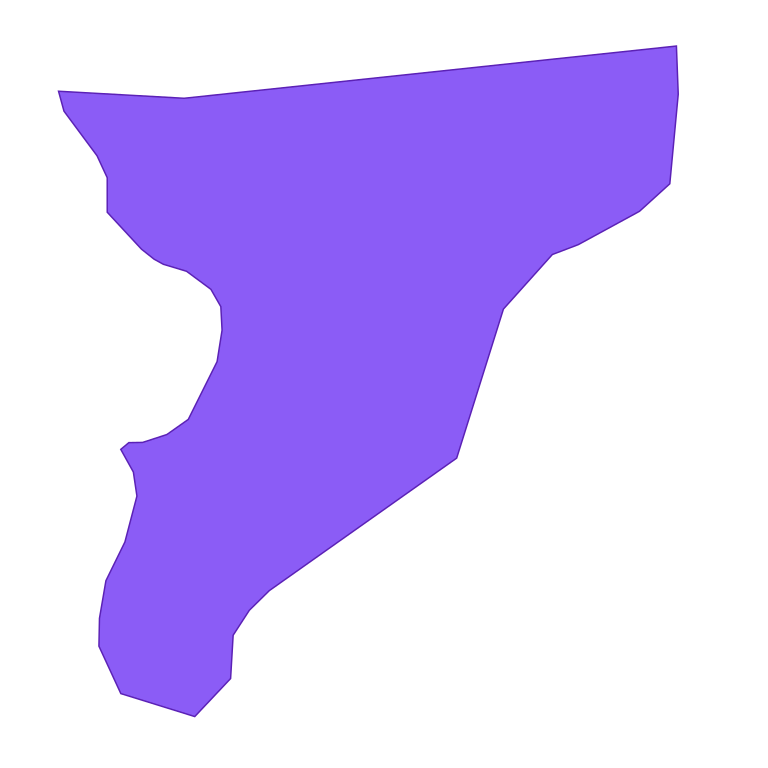 an SVG outline of Radlje ob Dravi, rotated 357°
{"feature_id": "SVN-981", "entity_name": "Radlje ob Dravi", "entity_type": "Municipality", "adm_level": 1, "iso_a3": "SVN", "parent_name": "Slovenia", "parent_adm1": "", "projection": "orthographic", "projection_center": [15.216, 46.586], "detail": "fine", "context": "isolated", "style": "filled", "palette": "violet", "viewbox_px": 768, "rotation_deg": 357, "n_neighbors": 0, "source": "natural_earth", "source_scale": "10m", "svg_char_len": 640}
<svg xmlns="http://www.w3.org/2000/svg" viewBox="0 0 768 768"><g transform="rotate(357 384 384)"><path d="M74.3,74.6L199.3,88.2L693.7,61.8L693.0,110.0L679.9,199.0L648.2,224.9L585.3,255.0L558.9,263.5L507.2,315.4L452.7,461.8L258.7,584.3L237.7,602.9L220.2,627.0L215.4,670.1L177.6,706.2L105.0,679.4L85.6,630.9L87.6,603.1L96.0,565.9L117.0,528.2L131.4,483.0L129.1,458.8L117.7,435.5L126.1,429.2L139.9,429.7L164.5,423.1L186.7,409.1L218.5,352.9L225.1,321.8L225.1,298.2L216.1,280.4L192.7,261.1L169.9,252.9L160.9,247.3L148.9,236.7L116.6,198.0L118.4,163.5L109.4,141.1L78.7,94.8L74.3,74.6Z" fill="#8b5cf6" stroke="#5b21b6" stroke-width="1.5"/></g></svg>